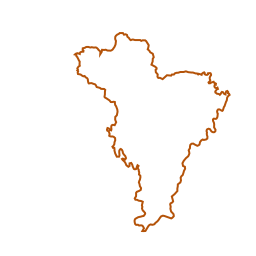 outline of Corumbaíba, Goiás, Brazil, rotated 296°
{"feature_id": "56859067B1207284648191", "entity_name": "Corumbaíba", "entity_type": "district", "adm_level": 2, "iso_a3": "BRA", "parent_name": "Brazil", "parent_adm1": "Goiás", "projection": "mercator", "projection_center": [-48.545, -18.11], "detail": "fine", "context": "isolated", "style": "outline", "palette": "amber", "viewbox_px": 256, "rotation_deg": 296, "n_neighbors": 0, "source": "geoboundaries", "source_scale": "gbopen_adm2", "svg_char_len": 5453}
<svg xmlns="http://www.w3.org/2000/svg" viewBox="0 0 256 256"><g transform="rotate(296 128 128)"><path d="M202.3,204.8L203.1,203.8L203.1,202.6L204.3,202.2L204.8,201.0L203.9,200.2L202.8,200.4L201.7,200.5L200.9,200.9L200.8,199.7L201.1,198.8L201.8,197.7L201.6,196.6L200.5,196.3L199.5,196.4L198.1,196.0L198.4,195.0L198.2,194.0L197.8,193.1L198.0,192.2L198.2,191.0L199.2,190.4L200.2,190.7L201.6,190.8L202.5,191.7L203.5,190.7L202.6,190.1L202.4,188.8L203.0,187.6L204.2,187.1L205.3,187.0L205.4,187.9L206.4,187.6L206.5,186.7L206.4,185.7L207.1,184.7L206.4,184.0L205.6,183.1L204.8,182.6L204.1,182.1L203.7,181.1L204.3,180.4L205.9,181.0L207.0,181.0L207.8,180.1L208.9,179.4L210.0,179.3L211.0,179.3L211.8,179.5L212.7,179.1L213.4,178.1L212.9,176.9L212.2,175.9L211.4,176.4L210.3,175.7L209.9,174.4L210.0,173.3L211.0,172.9L211.4,172.1L210.7,171.4L209.9,171.0L208.9,170.6L208.1,170.8L208.0,169.2L207.7,167.7L206.9,167.5L207.3,166.1L206.7,165.0L206.3,162.0L205.7,160.8L204.6,157.7L204.3,155.2L202.7,153.4L201.2,150.4L199.7,148.9L198.8,147.3L197.7,146.2L196.2,145.8L195.3,144.0L194.0,143.8L192.5,139.9L187.1,137.7L187.1,134.7L186.3,133.3L187.0,132.0L189.2,131.2L190.3,128.6L192.4,127.3L193.7,127.8L194.5,127.3L195.0,125.6L195.2,121.3L198.6,121.0L201.1,119.9L202.9,120.1L205.6,117.7L205.8,114.8L206.8,113.3L207.4,111.2L208.5,111.1L210.2,110.7L211.5,110.3L214.0,106.3L214.3,105.0L213.3,102.8L212.1,101.7L212.4,100.4L210.1,95.7L209.7,93.7L209.3,93.0L208.2,92.0L208.4,90.9L209.3,89.4L209.8,87.4L211.2,86.3L211.2,84.8L210.1,83.5L211.1,81.8L209.7,78.9L208.6,78.5L207.1,77.3L205.5,76.7L204.4,76.6L202.7,77.3L202.0,77.8L201.0,79.0L197.6,80.2L195.0,80.3L191.8,79.8L190.7,79.2L189.9,78.5L188.6,75.5L188.6,73.7L187.7,72.4L186.9,70.4L184.8,71.0L182.2,70.7L184.6,69.7L185.4,67.0L185.9,66.2L186.4,64.5L186.2,63.5L185.3,62.1L184.7,59.9L184.0,59.2L183.7,58.3L183.5,56.9L182.7,55.3L182.1,54.6L181.2,54.1L179.8,52.4L178.5,52.9L178.0,54.1L177.0,54.4L176.3,53.0L175.2,52.0L174.4,51.8L173.4,52.2L173.3,51.0L173.0,49.6L171.7,48.4L170.8,48.1L171.1,49.5L169.9,50.2L169.4,51.6L168.7,52.3L167.9,53.5L167.2,54.2L166.6,55.4L165.5,55.9L164.0,56.5L162.8,57.4L161.5,56.6L159.4,56.3L158.4,57.5L157.5,57.2L157.1,58.3L155.7,58.5L154.6,59.4L155.0,60.8L155.3,62.0L154.9,63.9L154.9,65.2L155.7,66.2L155.0,67.7L154.9,69.3L154.2,70.5L153.0,71.2L151.2,72.6L150.9,73.4L151.6,74.2L152.4,75.7L152.5,77.3L152.8,79.2L152.4,80.3L151.1,81.9L151.6,84.4L151.7,85.2L151.4,86.7L152.6,89.4L152.3,90.8L150.4,91.4L148.1,92.5L145.7,93.2L145.3,94.0L145.2,95.7L144.7,99.3L143.8,101.1L144.3,102.3L145.3,103.6L145.6,104.8L144.3,105.5L143.1,106.4L142.3,107.8L139.9,110.3L138.0,111.5L134.5,112.4L132.4,111.7L129.9,112.8L128.8,113.9L128.1,114.8L124.7,114.8L124.2,113.0L123.3,112.2L122.3,112.2L120.9,112.8L119.8,113.6L118.5,113.9L118.3,112.8L118.8,112.0L119.2,110.7L119.0,109.6L117.4,109.8L116.6,110.4L116.5,112.2L114.6,114.1L112.8,114.5L112.7,115.5L113.0,116.7L113.6,117.7L113.8,119.0L113.3,120.8L111.4,121.9L109.3,122.1L107.5,122.8L105.5,122.7L104.4,122.2L103.6,123.3L104.1,124.4L103.0,125.2L101.8,125.7L99.5,127.7L98.5,129.0L97.3,130.5L98.3,132.5L99.6,132.4L102.6,130.6L103.9,130.1L105.2,130.2L106.0,130.7L105.7,132.1L104.7,133.4L103.3,134.4L102.4,135.8L101.6,137.8L100.1,139.4L98.5,139.3L98.2,136.7L97.5,136.2L96.9,137.3L96.4,139.2L95.6,140.8L93.8,142.9L93.3,145.3L94.5,146.0L95.6,145.5L96.9,144.9L98.0,146.2L97.0,147.8L95.5,149.1L94.8,150.0L93.8,151.2L93.9,152.3L94.6,153.2L95.7,153.2L97.4,152.9L98.7,152.9L98.5,154.1L96.9,154.1L96.0,154.5L95.1,156.0L94.1,156.5L93.1,157.5L91.0,158.3L90.6,159.9L89.3,160.7L86.7,161.4L85.8,161.3L83.9,161.6L82.7,162.9L80.9,164.2L79.7,166.1L78.0,166.6L76.5,165.7L75.6,164.9L74.5,163.9L73.2,163.7L71.5,164.6L70.0,165.2L68.9,165.0L67.7,164.9L66.8,166.1L67.4,167.5L67.4,169.6L68.1,171.7L68.2,173.6L67.1,173.9L65.4,174.2L64.4,174.5L63.4,175.5L61.9,175.8L61.0,176.7L60.3,177.5L60.1,178.5L59.7,179.3L59.2,180.5L58.5,181.0L57.7,181.0L55.8,180.6L55.0,179.5L53.8,178.2L53.0,177.1L52.2,176.2L49.6,174.4L48.6,174.3L47.4,174.6L46.0,175.5L44.8,176.6L44.5,177.8L45.4,179.3L45.2,180.7L46.3,182.5L46.5,183.8L46.0,184.8L44.9,186.3L41.7,186.1L42.3,187.5L43.1,188.8L48.7,189.3L50.3,189.8L51.3,190.7L51.6,192.2L52.2,193.0L53.1,193.9L54.6,194.2L56.5,195.1L57.6,195.5L59.0,195.8L61.3,196.1L63.1,196.5L64.5,197.8L64.9,199.4L65.7,206.5L66.6,207.1L67.9,207.6L68.9,207.8L70.5,206.7L71.2,205.1L71.8,203.4L74.0,201.5L75.9,200.9L78.0,199.3L78.9,199.3L80.6,200.5L81.9,200.7L85.7,197.4L86.8,197.9L89.1,198.9L93.0,200.0L95.2,198.9L97.4,198.3L99.2,197.5L102.0,198.9L104.1,198.6L106.4,197.1L107.9,197.1L109.8,197.8L111.1,197.6L112.5,197.4L113.9,197.1L116.4,197.2L118.1,196.1L118.0,194.1L120.2,192.4L123.0,192.5L126.3,193.3L129.0,194.5L130.4,194.5L132.1,194.3L133.4,193.4L134.6,192.3L137.1,192.5L138.6,191.8L140.1,191.4L141.7,192.0L142.6,193.5L142.4,195.2L142.4,198.1L143.4,199.0L144.5,199.5L146.9,198.9L149.0,199.3L150.4,200.2L150.5,201.4L152.0,203.3L153.3,203.9L155.1,203.2L156.3,202.0L157.4,201.3L158.5,201.0L159.7,199.9L161.2,199.6L162.0,200.1L162.7,200.8L162.9,202.1L161.9,203.8L161.5,204.6L161.4,205.5L161.5,206.4L162.2,207.5L163.4,207.9L164.8,207.4L166.3,205.1L169.2,203.8L170.4,202.9L171.7,201.3L173.0,200.6L174.0,201.0L174.7,203.0L175.5,203.5L177.2,203.5L180.3,202.4L180.7,201.7L182.0,200.8L183.0,200.6L184.2,200.9L184.8,202.0L184.8,203.4L184.6,204.4L184.8,205.3L185.6,205.5L188.9,205.0L189.9,205.2L194.7,204.6L196.0,204.7L198.8,203.8L200.0,203.9L201.3,204.3L202.3,204.8Z" fill="none" stroke="#b45309" stroke-width="2"/></g></svg>